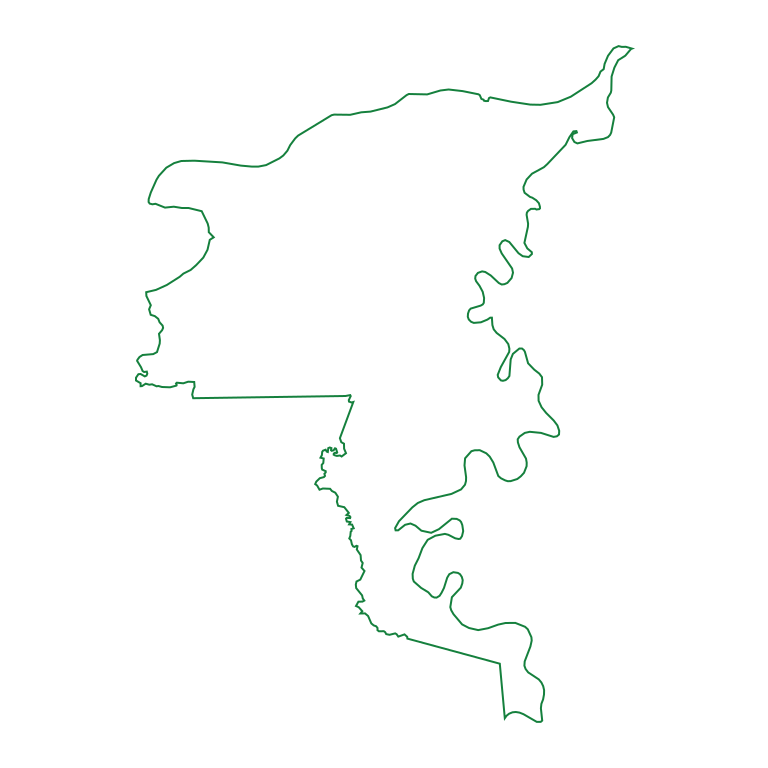 Puerto Cortes, Cortés, Honduras (Mercator projection)
{"feature_id": "27666195B79582673708274", "entity_name": "Puerto Cortes", "entity_type": "district", "adm_level": 2, "iso_a3": "HND", "parent_name": "Honduras", "parent_adm1": "Cortés", "projection": "mercator", "projection_center": [-87.847, 15.757], "detail": "fine", "context": "isolated", "style": "outline", "palette": "green", "viewbox_px": 768, "rotation_deg": 0, "n_neighbors": 0, "source": "geoboundaries", "source_scale": "gbopen_adm2", "svg_char_len": 6093}
<svg xmlns="http://www.w3.org/2000/svg" viewBox="0 0 768 768"><path d="M632.0,48.6L625.8,46.8L621.8,46.9L618.6,46.1L613.5,48.4L608.0,55.8L604.6,63.9L603.7,69.1L600.5,71.6L598.6,76.2L595.6,79.6L591.6,83.2L570.8,96.7L557.7,102.1L540.5,104.8L530.3,104.6L511.1,101.7L490.3,97.4L489.0,98.1L488.0,101.0L485.9,101.1L484.1,100.8L483.6,99.7L481.4,98.9L479.8,95.2L478.5,94.3L462.6,91.1L448.6,89.5L440.4,90.5L427.2,94.4L408.8,94.0L406.6,95.1L395.0,104.1L387.5,107.4L370.5,111.6L361.3,112.3L350.2,114.8L334.1,114.6L331.6,115.2L298.1,135.6L295.2,138.4L290.2,145.1L287.4,150.7L283.3,155.5L279.4,158.4L266.1,165.1L258.3,166.6L251.9,166.6L240.8,165.6L222.4,162.4L194.4,160.7L181.3,161.0L174.1,163.1L166.3,167.7L158.9,175.8L156.5,179.7L150.8,192.5L148.7,199.1L148.6,202.0L149.7,203.6L152.4,204.3L155.5,203.8L165.0,207.6L173.8,206.7L181.9,208.0L188.6,208.0L201.7,211.2L207.7,223.6L208.7,227.6L208.8,232.2L213.7,237.3L209.8,239.8L207.5,249.8L203.3,257.6L196.2,265.1L190.6,270.0L183.4,273.6L179.7,276.8L166.8,285.0L156.0,289.9L146.2,292.2L146.4,296.0L150.8,305.2L149.1,309.3L150.7,314.8L154.8,316.1L158.2,318.8L159.6,322.3L162.6,325.6L163.1,327.9L162.1,330.2L159.0,333.8L159.9,340.2L159.7,343.6L157.0,352.1L153.2,354.1L142.6,355.0L139.5,357.0L137.5,359.7L137.1,360.8L141.0,367.2L142.6,371.0L144.1,372.0L146.8,371.6L147.3,373.7L146.5,375.6L144.8,376.4L140.6,374.0L138.4,374.2L136.0,377.7L136.0,380.5L140.6,383.2L140.6,386.2L142.0,386.1L145.7,383.7L149.3,384.7L152.1,384.3L156.6,386.3L158.4,386.0L162.0,387.0L170.1,387.3L176.4,385.6L176.7,385.0L176.0,383.5L176.8,382.7L183.3,383.3L188.2,381.7L194.2,382.0L194.6,386.9L193.4,389.3L192.2,394.6L193.2,398.2L345.5,396.0L350.2,395.1L350.7,396.1L348.8,400.1L349.0,401.6L351.6,402.5L353.3,402.0L339.9,438.2L341.3,442.2L344.0,443.7L344.1,448.7L346.0,453.2L341.6,456.5L340.0,455.5L336.9,455.9L335.0,455.4L333.7,454.7L333.8,453.6L334.9,452.8L336.7,453.0L337.2,452.4L336.0,448.7L335.0,448.3L333.6,450.3L331.7,450.8L331.0,450.2L331.4,448.1L329.8,447.5L328.3,448.1L327.8,452.0L326.7,451.6L325.6,449.7L323.0,450.7L322.2,451.9L321.9,455.1L320.5,457.7L323.7,458.5L323.3,463.0L321.7,464.9L321.8,468.2L322.2,469.6L325.7,471.2L325.7,472.4L324.4,473.8L325.0,475.9L323.9,477.1L319.8,478.2L316.3,481.6L315.2,484.1L317.1,485.5L319.5,489.7L322.9,488.5L330.1,488.8L331.9,491.0L335.3,492.7L337.9,496.7L336.9,501.7L338.1,505.8L344.3,507.2L348.8,512.9L346.5,515.0L349.5,515.9L350.4,517.1L350.1,518.1L346.7,517.9L346.0,518.7L346.8,521.5L350.4,522.1L349.1,524.4L352.1,524.6L353.7,528.3L351.4,529.0L351.6,530.9L350.7,531.8L350.3,535.9L349.3,538.5L351.0,540.3L351.9,544.3L353.1,546.4L354.5,546.9L356.5,545.8L357.5,546.2L356.8,549.5L360.6,555.1L361.0,560.5L362.7,563.0L361.5,567.6L364.5,571.0L360.3,579.6L356.5,581.5L355.8,584.6L356.2,588.1L362.1,595.4L362.8,598.5L364.3,600.6L362.5,601.6L358.4,601.7L356.0,606.0L358.7,607.2L362.3,611.2L360.4,613.5L365.0,613.4L368.1,616.0L371.3,623.4L373.7,625.4L376.2,626.3L377.5,628.0L377.5,630.2L379.0,631.3L383.8,631.2L385.2,632.2L386.2,634.1L389.5,634.8L395.2,633.4L396.6,634.2L398.3,636.6L404.5,634.4L407.2,636.8L407.4,638.6L499.8,663.7L504.8,718.2L506.6,715.7L509.1,713.7L512.5,712.3L515.8,712.0L519.5,712.6L523.5,714.2L536.8,721.9L540.7,721.9L542.2,720.6L540.9,708.3L541.4,703.8L543.1,699.4L544.0,694.5L544.1,690.2L543.2,686.2L541.4,682.5L538.8,679.4L528.2,672.4L525.6,669.0L524.4,665.7L524.7,661.4L530.4,646.5L531.7,640.6L531.4,637.2L527.8,629.3L525.1,626.8L515.3,622.9L505.5,623.0L498.2,624.6L488.1,628.2L478.2,630.1L469.0,628.0L462.1,624.4L453.5,614.2L451.2,610.2L450.3,607.1L451.9,597.2L460.8,587.7L462.3,583.4L462.7,580.1L461.8,576.9L460.0,574.2L457.9,572.9L453.3,572.2L449.3,574.2L447.2,577.7L444.0,587.9L441.6,592.7L439.6,595.8L436.6,597.6L434.3,597.5L431.8,596.3L428.3,592.3L421.1,587.9L413.8,581.5L412.8,578.6L412.6,573.9L414.8,565.7L418.6,558.2L422.4,548.1L427.7,539.8L435.4,535.7L444.9,533.9L448.4,534.8L455.2,538.3L458.6,539.0L460.3,538.7L462.0,536.1L463.2,531.1L462.3,525.1L461.1,522.0L459.7,520.4L456.7,518.9L451.9,518.7L438.9,529.2L431.2,532.8L421.4,530.7L415.5,525.7L410.5,523.5L405.1,524.8L398.2,530.3L395.6,530.3L395.1,528.1L399.0,521.2L412.3,507.4L417.8,503.0L424.3,500.2L451.5,493.9L461.1,489.4L465.0,484.7L466.0,481.0L466.1,477.2L464.5,465.4L465.1,458.3L471.4,451.2L474.6,450.3L479.8,450.2L486.3,453.3L489.7,456.6L493.3,462.5L498.3,476.0L501.0,478.3L505.2,480.4L507.8,481.2L510.7,481.1L517.3,479.0L520.8,476.3L524.0,472.8L526.6,466.2L526.7,462.6L526.0,458.6L519.5,447.3L517.9,442.4L517.7,439.3L519.5,436.6L524.8,432.9L529.8,431.8L541.0,432.9L553.6,436.9L556.9,436.3L559.0,434.5L559.2,430.8L557.4,425.4L553.7,420.5L546.1,412.9L541.6,407.3L538.6,400.8L538.5,394.9L542.2,384.7L542.0,377.2L539.3,373.6L534.3,369.7L528.1,363.3L524.9,351.8L523.9,350.1L522.0,348.5L519.4,348.5L512.9,353.9L510.7,359.4L509.4,376.0L507.8,378.3L505.6,380.1L502.9,380.8L500.9,380.4L498.2,377.4L497.7,374.9L500.8,367.1L509.2,351.9L509.4,348.7L508.3,344.1L504.5,339.0L496.6,332.9L493.7,329.3L492.4,325.1L491.9,317.7L490.2,317.7L487.4,319.6L480.9,322.3L473.8,322.9L471.1,321.8L468.8,319.5L467.8,316.8L468.0,313.6L469.1,310.4L470.7,308.6L480.7,305.6L482.8,304.4L483.8,302.8L484.1,298.0L482.7,291.8L479.5,285.8L476.1,281.2L475.2,278.6L475.5,276.0L477.9,272.9L482.1,271.4L485.3,272.0L490.8,275.5L498.8,283.0L501.7,284.5L504.4,284.2L507.4,282.9L511.6,278.0L513.0,272.7L512.1,268.5L501.7,253.4L499.6,248.6L499.6,245.2L502.3,241.3L505.2,240.1L509.3,242.0L518.5,253.2L522.7,256.2L528.7,257.0L531.9,254.0L531.8,252.2L527.3,248.4L524.4,242.9L527.9,226.9L528.1,223.7L526.6,214.8L526.9,212.6L528.1,210.9L530.9,208.9L535.2,208.8L536.4,209.5L539.3,209.1L540.0,208.3L539.9,206.6L538.9,203.2L536.3,200.3L532.3,197.7L530.0,196.9L524.6,192.8L523.6,189.7L523.5,186.9L526.6,179.5L532.0,173.7L543.9,167.2L547.3,164.1L565.6,144.8L569.4,137.2L573.4,131.4L576.4,131.1L576.9,132.5L572.6,134.2L572.1,138.1L574.4,142.0L577.4,143.4L587.2,141.0L603.5,138.9L608.0,137.1L610.1,134.9L611.2,132.6L614.2,117.3L613.1,114.7L608.0,107.1L607.0,102.8L607.9,97.5L610.8,92.7L611.3,90.5L611.6,76.5L614.4,67.6L618.2,60.2L625.3,55.7L631.0,49.0L632.0,48.6Z" fill="none" stroke="#15803d" stroke-width="2"/></svg>